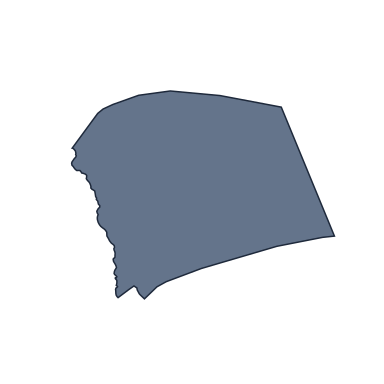 Nuweiba, Janub Sina', Egypt (orthographic projection), rotated 144°
{"feature_id": "37247803B27009685632556", "entity_name": "Nuweiba", "entity_type": "district", "adm_level": 2, "iso_a3": "EGY", "parent_name": "Egypt", "parent_adm1": "Janub Sina'", "projection": "orthographic", "projection_center": [34.683, 29.314], "detail": "fine", "context": "isolated", "style": "filled", "palette": "slate", "viewbox_px": 384, "rotation_deg": 144, "n_neighbors": 0, "source": "geoboundaries", "source_scale": "gbopen_adm2", "svg_char_len": 1751}
<svg xmlns="http://www.w3.org/2000/svg" viewBox="0 0 384 384"><g transform="rotate(144 192 192)"><path d="M163.6,293.7L178.3,301.6L186.8,304.1L204.5,309.3L215.2,311.4L222.1,311.0L263.1,297.9L262.9,297.7L262.4,296.5L262.2,293.8L263.2,291.5L264.2,290.6L264.3,289.4L265.6,288.5L267.6,288.2L269.5,287.5L271.3,286.9L272.5,286.0L273.4,284.1L273.1,282.5L273.2,281.0L273.1,278.8L272.6,277.1L271.1,276.1L270.0,275.2L269.9,273.2L270.1,272.3L268.9,270.9L268.2,269.8L267.6,268.8L267.5,267.3L268.5,266.0L269.7,264.9L269.8,262.6L269.5,261.3L269.5,259.2L270.1,257.0L270.7,255.6L271.5,254.7L271.3,252.9L270.7,251.7L270.1,250.0L271.3,247.5L272.7,244.8L272.7,243.2L273.8,242.2L273.7,241.1L273.6,239.9L274.2,238.8L274.9,237.0L274.6,235.3L275.5,234.0L277.8,233.6L280.3,232.4L281.0,230.8L281.2,228.9L282.7,227.9L283.8,226.8L284.8,225.2L285.8,222.4L286.1,220.0L286.0,217.8L285.4,215.5L284.7,213.4L284.5,211.9L284.6,209.6L285.6,208.1L286.7,206.4L286.9,204.2L287.1,202.6L287.4,201.0L287.3,198.0L286.7,196.1L286.4,194.4L287.2,192.8L288.6,192.0L289.2,190.7L289.5,189.2L290.2,187.6L291.4,186.2L292.6,184.6L293.6,184.2L294.6,184.4L295.4,183.8L296.3,181.9L296.4,180.7L296.5,179.3L296.8,177.2L297.5,175.3L298.5,174.8L299.9,174.3L301.4,173.4L302.9,171.9L303.1,170.7L302.7,169.3L302.6,167.6L303.7,167.1L304.3,167.7L304.9,167.1L304.9,166.5L304.7,164.8L305.6,163.4L306.6,162.2L308.2,160.9L307.8,159.9L307.9,159.1L308.9,158.9L309.9,159.0L311.1,158.1L311.7,157.0L313.4,154.4L314.0,153.0L314.1,151.3L313.9,150.0L306.8,150.1L300.6,150.2L294.2,150.1L293.0,146.8L293.9,144.9L294.5,140.6L294.3,139.0L293.3,133.5L276.1,135.9L265.6,134.6L229.3,124.6L155.3,98.2L113.1,78.6L102.7,72.6L69.9,208.2L112.7,253.6L150.2,286.5L163.6,293.7Z" fill="#64748b" stroke="#1e293b" stroke-width="1.5"/></g></svg>